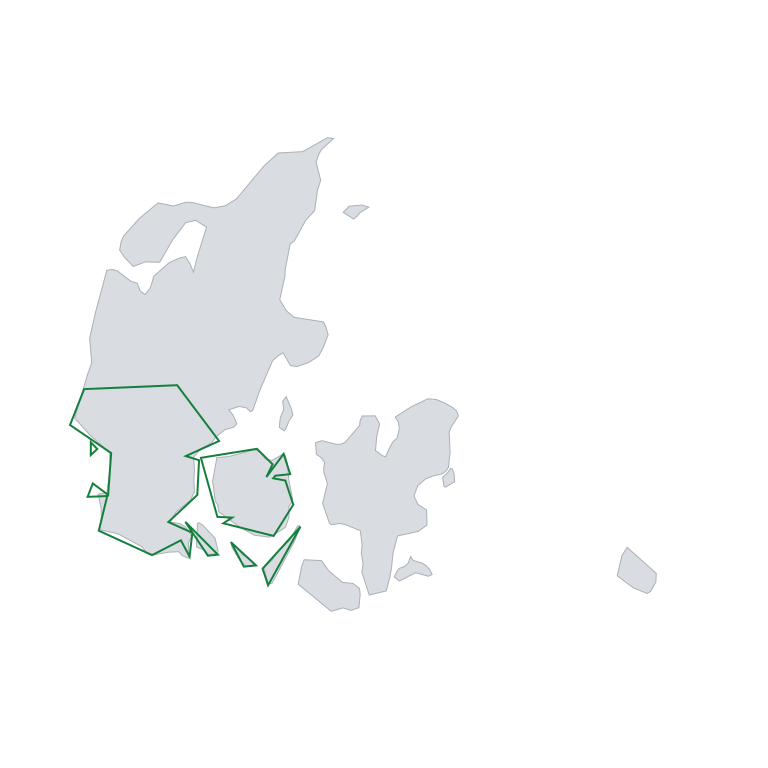 Denmark, with Syddanmark highlighted, rotated 10°
{"feature_id": "DNK-3417", "entity_name": "Syddanmark", "entity_type": "Region", "adm_level": 1, "iso_a3": "DNK", "parent_name": "Denmark", "parent_adm1": "", "projection": "albers", "projection_center": [9.703, 55.339], "detail": "coarse", "context": "in_parent", "style": "outline", "palette": "green", "viewbox_px": 768, "rotation_deg": 10, "n_neighbors": 0, "source": "natural_earth", "source_scale": "10m", "svg_char_len": 4410}
<svg xmlns="http://www.w3.org/2000/svg" viewBox="0 0 768 768"><g transform="rotate(10 384 384)"><path d="M221.9,589.3L220.6,589.3L215.1,588.0L211.2,584.8L201.0,587.0L187.4,592.1L179.9,591.8L173.9,586.3L149.5,578.2L145.6,577.5L129.5,577.0L129.4,576.9L128.8,564.5L127.0,555.5L121.6,542.1L130.0,539.0L128.7,513.0L125.9,499.4L103.1,485.2L85.3,471.3L90.4,426.1L92.5,413.9L86.2,390.1L87.5,362.9L91.3,320.0L97.0,318.4L101.1,318.7L116.8,326.7L123.4,327.6L127.8,334.6L133.1,337.5L137.1,330.2L138.7,317.7L151.5,301.7L160.3,295.8L166.3,293.0L172.3,299.6L176.9,307.0L178.1,290.9L182.0,260.4L170.2,255.5L160.6,259.6L150.8,278.8L141.9,303.1L127.9,305.1L116.7,311.8L106.7,304.5L100.4,298.0L100.4,288.8L102.0,283.3L114.1,263.7L130.1,244.9L145.9,245.3L157.5,239.3L164.3,238.6L185.7,240.1L196.8,236.0L206.6,227.3L227.8,190.3L239.7,174.9L263.6,169.3L285.5,151.3L291.6,151.0L281.4,164.4L279.8,169.6L278.6,177.4L286.3,194.4L284.8,204.9L285.6,225.3L278.6,236.1L270.8,258.8L267.3,262.2L266.8,288.7L267.7,295.0L266.7,319.1L275.2,328.9L284.1,334.0L313.6,333.4L316.7,337.7L320.4,345.1L318.0,357.8L315.0,367.4L306.5,375.6L295.6,381.8L288.7,382.1L279.2,370.8L274.8,374.6L270.2,380.4L262.8,411.7L259.3,432.8L257.3,434.5L252.9,431.4L245.3,431.2L235.7,436.3L240.6,440.7L245.9,448.5L243.8,452.4L235.3,456.6L227.8,465.1L224.7,471.6L215.2,479.2L209.2,488.9L212.1,500.9L213.4,511.4L216.0,523.0L213.6,532.3L201.7,545.6L197.2,557.1L207.5,557.0L213.8,559.6L217.5,563.0L221.3,567.9L218.9,573.9L221.9,589.3ZM461.0,440.0L461.9,455.0L459.8,459.5L456.7,462.5L448.4,465.9L441.2,470.5L434.9,478.2L432.9,489.0L438.3,496.7L447.8,500.7L450.8,515.5L443.3,523.2L423.7,531.3L422.2,549.1L423.3,563.1L423.3,573.3L422.1,587.4L406.1,594.4L394.9,573.2L394.6,564.6L391.1,554.7L390.3,546.2L386.2,532.6L370.9,529.3L364.9,529.0L356.7,531.7L354.6,530.8L344.3,512.3L345.5,491.7L340.0,481.4L339.2,476.7L339.2,471.5L334.8,467.3L329.6,465.1L326.8,453.6L332.8,450.6L347.6,451.7L351.9,450.8L355.8,448.3L367.3,428.9L366.8,424.7L368.0,419.3L380.8,416.9L386.7,424.1L385.9,435.9L387.1,451.0L395.1,454.9L398.1,455.4L401.1,444.1L403.2,438.7L406.2,435.5L406.9,425.3L404.9,419.1L400.8,414.6L415.0,401.5L429.7,391.0L438.4,390.2L447.3,392.3L455.6,395.3L460.2,398.0L462.8,402.6L457.8,414.0L456.5,420.1L461.0,440.0ZM298.8,470.8L302.4,478.6L307.0,495.3L314.3,513.9L311.5,521.8L313.6,531.8L311.8,542.3L298.1,554.7L282.5,555.4L266.2,549.7L243.3,538.5L241.4,532.1L238.2,528.6L232.1,509.3L232.2,485.5L243.5,482.5L268.3,471.0L274.0,472.7L280.1,478.5L287.0,478.7L296.9,470.4L298.8,470.8ZM362.2,577.7L377.7,586.6L388.1,585.8L395.3,589.5L397.1,595.4L398.1,608.6L390.8,612.7L382.5,611.6L371.5,617.0L334.3,596.1L334.5,578.0L335.9,570.9L353.1,568.8L362.2,577.7ZM682.6,541.8L679.6,544.6L665.1,541.5L647.0,532.4L648.1,511.8L651.9,502.7L685.0,523.2L686.1,531.7L682.6,541.8ZM308.2,599.9L304.4,600.8L299.0,588.7L298.3,584.9L304.3,577.0L308.1,568.1L318.1,554.4L323.7,538.4L326.0,538.6L323.6,552.8L310.8,592.5L308.2,599.9ZM249.7,580.1L240.7,582.2L236.1,578.6L227.7,577.2L224.6,554.1L225.5,552.7L229.7,554.3L244.3,565.1L249.4,576.8L249.7,580.1ZM464.4,563.2L461.2,565.6L447.9,564.4L433.3,575.4L427.6,572.3L429.5,565.6L430.9,563.1L435.9,560.1L439.1,555.9L440.1,549.3L443.4,552.7L452.7,553.8L457.2,555.7L461.1,558.6L464.4,563.2ZM295.2,444.8L293.8,447.5L288.4,444.8L287.7,435.0L289.7,426.3L287.2,418.5L289.8,413.4L297.4,425.0L299.6,430.5L296.8,437.1L295.2,444.8ZM328.6,223.2L325.3,226.8L314.0,222.0L318.8,215.0L331.1,211.6L338.3,212.5L330.5,219.5L328.6,223.2ZM286.4,585.6L280.6,587.2L273.9,584.0L263.0,571.8L261.6,568.5L267.3,570.6L274.4,577.0L280.2,578.3L288.2,583.6L286.4,585.6ZM470.4,468.0L462.7,474.7L460.9,474.5L458.0,465.8L462.0,460.3L464.3,455.7L466.0,455.7L468.7,460.5L470.4,468.0Z" fill="#d9dde1" stroke="#a8b0b8" stroke-width="1"/><path d="M185.3,592.8L128.6,578.0L130.9,542.4L111.7,546.6L114.5,532.5L131.6,541.1L127.3,499.4L81.9,478.9L89.6,441.1L180.5,421.1L231.5,468.8L201.3,489.4L215.1,491.2L219.4,525.7L195.6,557.4L221.1,563.8L222.5,587.7L211.1,573.2L185.3,592.8ZM301.7,552.8L250.0,549.1L257.7,541.9L243.0,543.8L216.5,488.5L270.1,469.9L288.2,482.4L284.3,496.1L297.3,470.3L307.3,489.1L292.8,493.2L291.3,496.1L303.6,496.2L315.6,518.6L301.7,552.8ZM212.3,554.3L250.0,580.9L240.4,583.7L212.3,554.3ZM296.5,586.9L326.5,539.0L304.8,602.3L296.5,586.9ZM260.7,566.3L289.4,584.9L277.7,588.2L260.7,566.3ZM112.9,497.8L107.6,504.9L105.4,492.3L112.9,497.8Z" fill="none" stroke="#15803d" stroke-width="2"/></g></svg>